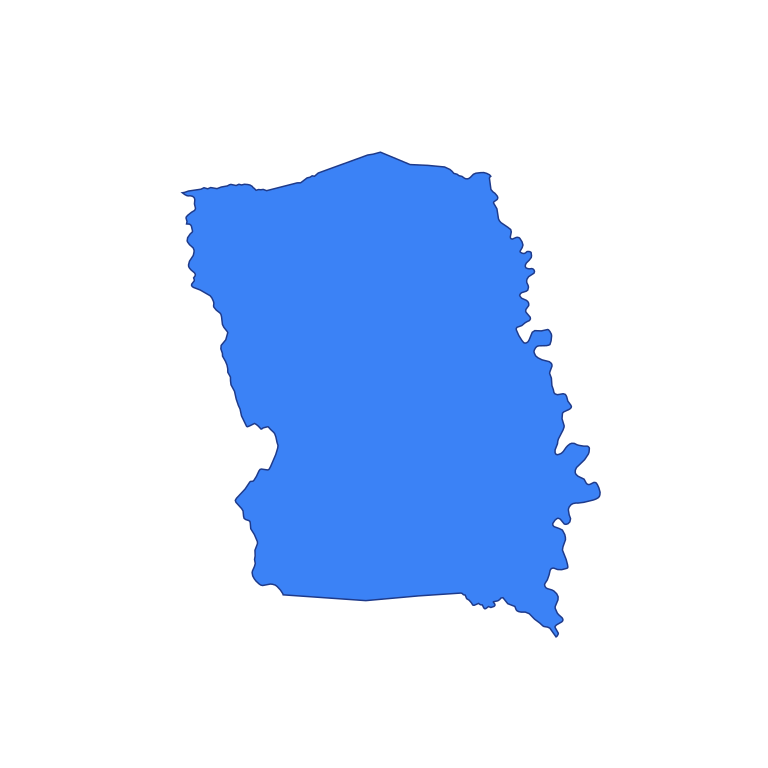 outline of Tocoa, Colón, Honduras, rotated 115°
{"feature_id": "27666195B94157421146472", "entity_name": "Tocoa", "entity_type": "district", "adm_level": 2, "iso_a3": "HND", "parent_name": "Honduras", "parent_adm1": "Colón", "projection": "mercator", "projection_center": [-85.973, 15.578], "detail": "fine", "context": "isolated", "style": "filled", "palette": "blue", "viewbox_px": 768, "rotation_deg": 115, "n_neighbors": 0, "source": "geoboundaries", "source_scale": "gbopen_adm2", "svg_char_len": 6171}
<svg xmlns="http://www.w3.org/2000/svg" viewBox="0 0 768 768"><g transform="rotate(115 384 384)"><path d="M207.1,314.4L206.9,316.2L206.2,316.8L202.0,316.4L199.3,316.8L196.8,319.0L194.6,322.4L194.3,323.5L194.7,325.2L195.4,326.2L198.5,329.0L198.6,330.4L198.2,331.1L197.3,331.7L192.4,332.9L190.5,334.4L189.6,338.1L188.3,346.2L187.4,348.2L186.0,350.0L177.5,355.7L173.6,361.3L172.4,361.4L168.9,359.4L167.8,359.4L166.7,359.8L165.7,361.0L164.3,364.0L163.8,366.5L162.5,369.3L153.0,375.4L152.0,375.6L150.6,375.0L149.8,376.8L149.7,379.9L150.2,382.9L151.4,385.4L154.1,389.8L156.1,391.6L160.1,393.0L161.6,393.8L162.7,394.9L163.4,396.5L163.5,397.9L162.9,401.1L163.5,404.1L163.0,406.4L163.6,409.8L162.5,412.1L161.7,414.9L161.7,420.8L167.3,436.6L174.1,453.1L175.4,485.2L180.3,491.0L183.4,495.6L220.6,532.8L225.1,534.8L225.7,537.1L227.8,538.4L229.7,540.8L236.9,544.6L238.4,547.7L258.4,572.1L258.7,575.7L260.0,577.7L260.8,579.9L262.5,581.8L261.5,584.3L261.4,585.4L260.6,586.9L260.3,589.5L260.8,591.8L262.0,595.0L263.8,597.2L264.3,599.9L266.6,601.9L267.8,607.1L268.8,608.3L270.7,609.7L274.3,614.8L277.5,617.9L279.2,624.1L281.6,626.3L282.2,630.1L284.8,632.2L291.7,642.7L294.6,645.7L295.9,647.6L296.5,644.7L296.6,642.2L296.2,640.8L295.3,639.2L294.8,636.8L295.3,634.8L296.8,633.4L300.9,631.9L304.4,629.1L306.0,628.9L307.0,629.2L309.6,631.0L313.8,633.1L316.0,633.8L317.2,633.6L320.0,631.2L322.4,630.6L321.3,627.8L321.6,626.4L322.3,625.3L326.4,622.1L327.3,622.0L330.0,623.1L334.4,623.8L337.5,622.9L338.4,621.9L339.9,619.2L341.3,614.5L343.0,612.7L344.5,612.0L348.1,611.2L354.9,612.2L358.7,611.5L360.2,610.6L361.2,609.2L362.2,607.0L363.3,602.8L364.4,601.3L365.8,600.9L368.3,601.4L369.8,599.9L370.6,599.6L374.8,600.5L376.1,600.0L376.7,599.0L377.0,597.6L376.5,590.3L377.5,578.8L378.8,576.3L381.2,573.5L382.6,572.4L385.4,571.4L386.3,570.6L387.9,567.3L389.0,562.6L389.8,561.2L391.8,559.6L398.3,555.6L400.3,553.1L402.8,548.1L403.5,547.3L410.8,546.1L417.8,547.9L421.1,546.7L424.5,543.4L427.0,542.1L430.5,537.2L433.2,534.3L436.2,532.1L439.4,530.5L442.6,526.1L445.9,524.5L449.4,522.3L453.8,516.4L460.2,511.5L465.0,506.9L467.5,503.9L473.1,499.7L480.1,491.1L480.5,490.5L480.4,489.6L478.8,488.1L474.5,484.7L474.6,482.8L475.3,480.1L476.8,476.4L476.4,475.8L474.8,474.9L472.0,471.5L471.8,470.7L473.1,467.7L474.5,463.4L475.3,462.0L477.7,459.6L482.1,456.3L484.5,454.1L486.8,453.3L493.7,452.3L506.9,451.9L509.7,452.1L510.5,452.5L511.1,453.2L512.9,459.2L513.8,460.2L515.6,460.6L521.6,460.6L526.4,461.2L527.6,461.8L528.7,463.8L529.5,464.2L537.9,465.5L549.9,469.4L552.3,469.6L553.8,468.2L557.1,460.4L558.6,458.1L563.2,455.4L564.9,454.0L565.3,452.1L564.9,448.7L565.2,447.5L566.4,446.5L571.5,443.6L575.2,437.9L580.4,432.1L582.2,431.2L589.2,430.7L594.3,428.1L597.7,427.2L601.1,424.8L604.1,424.3L609.0,424.2L610.7,423.8L613.4,421.9L615.4,419.2L616.8,416.5L618.0,412.7L618.3,410.6L617.9,408.8L613.3,402.4L612.6,400.3L612.2,397.5L612.7,395.2L614.5,390.8L616.8,387.1L617.7,386.3L588.0,308.9L561.3,262.9L541.0,226.0L540.8,224.7L541.4,223.0L541.0,221.2L543.6,218.4L544.0,215.4L545.4,212.3L546.8,210.2L546.7,209.4L546.3,208.6L542.9,205.6L543.3,203.4L542.7,201.5L544.8,198.9L545.1,197.5L544.3,196.7L541.5,195.2L541.4,192.7L539.1,190.3L538.0,189.9L537.2,190.1L536.4,190.9L535.6,192.6L535.1,192.8L532.4,189.2L530.6,188.1L528.5,187.5L527.4,185.9L530.8,179.0L530.3,171.4L532.7,168.9L533.3,167.7L533.4,165.9L532.8,163.4L531.0,159.5L530.8,155.2L533.5,148.2L534.8,141.8L536.1,137.8L536.2,136.6L535.2,133.0L535.2,130.5L540.5,121.2L539.4,120.6L537.3,120.4L536.2,120.7L532.4,126.0L531.4,126.5L529.5,125.9L524.5,122.4L523.3,122.0L522.2,122.1L521.4,122.7L520.6,123.8L519.3,128.1L518.4,130.1L514.9,134.1L513.4,134.8L506.1,135.1L503.2,136.3L501.1,138.9L499.8,142.6L499.7,144.8L500.4,149.5L500.2,151.2L499.3,152.7L497.9,153.7L496.7,153.8L492.5,153.2L487.3,153.7L482.6,154.7L480.7,154.4L479.8,153.6L479.1,152.3L478.8,148.3L477.2,144.5L473.7,140.3L473.0,139.9L472.2,140.0L470.2,141.3L466.1,144.7L459.1,152.1L456.0,153.0L448.5,153.7L446.5,154.7L444.1,156.5L441.0,160.6L440.9,163.7L441.4,169.6L440.7,171.2L439.2,172.1L435.2,171.5L433.1,170.5L432.1,169.6L431.9,168.1L432.1,166.9L434.7,161.4L434.3,159.8L432.9,158.2L430.4,157.3L427.2,158.0L424.3,160.9L420.5,163.5L419.4,164.0L417.2,164.2L414.4,163.5L412.5,162.2L410.7,159.7L410.0,158.0L406.8,152.9L400.7,145.3L398.7,143.3L396.6,141.8L395.0,141.3L393.2,141.5L390.8,142.4L387.4,145.3L385.1,148.0L384.0,149.8L384.0,151.0L384.5,152.2L388.0,155.0L388.7,156.1L388.9,157.3L388.4,158.8L385.7,162.4L385.6,169.1L384.8,171.7L383.6,173.2L381.2,174.2L378.3,174.2L367.8,170.2L361.2,169.2L359.0,169.4L355.7,170.6L355.0,171.1L354.4,172.5L354.4,173.5L355.9,176.7L357.2,181.4L357.5,183.4L357.4,186.4L358.4,188.8L359.8,190.2L362.4,191.5L364.7,192.2L369.4,193.0L371.9,194.0L373.8,195.7L374.9,197.1L375.0,198.4L374.0,199.9L371.4,201.1L364.9,201.5L362.2,202.4L359.9,202.7L350.0,202.3L346.9,202.6L345.7,203.1L340.2,208.0L335.0,209.9L333.3,209.3L328.3,205.1L326.4,204.4L325.3,204.6L324.3,205.6L321.8,210.2L318.5,212.9L317.4,214.2L316.8,215.4L317.1,217.5L320.4,222.3L320.7,224.6L320.0,226.3L317.6,228.1L314.4,231.2L307.9,234.8L304.4,238.4L303.0,238.8L296.8,239.3L295.5,240.0L294.6,241.0L293.9,243.6L295.3,251.0L295.2,255.5L294.4,258.5L292.3,261.0L291.0,261.9L289.4,262.1L286.9,261.9L285.1,261.1L283.9,259.7L280.6,253.0L279.2,251.2L278.1,250.3L274.3,250.8L269.6,252.4L268.1,253.4L266.3,255.8L265.4,257.7L265.4,258.6L269.4,263.9L271.9,269.9L274.5,271.5L282.6,271.1L284.8,271.3L286.4,272.2L287.3,273.3L287.5,274.8L286.2,277.5L283.1,282.3L279.0,287.0L277.8,287.6L276.4,287.4L272.8,283.8L269.3,282.2L267.4,281.0L265.0,279.0L263.1,278.8L261.7,279.7L259.1,285.3L258.3,286.3L256.5,286.9L251.8,286.0L250.3,286.6L249.1,287.6L248.4,288.8L248.0,290.4L248.1,295.6L247.1,297.6L246.2,298.6L244.6,298.5L243.1,297.9L239.8,294.3L238.1,293.4L235.1,294.0L233.8,295.0L231.7,297.5L230.0,298.4L228.4,298.7L225.6,298.3L220.2,294.9L218.5,295.1L217.4,296.0L216.8,297.4L216.9,298.8L218.3,301.1L218.7,302.8L218.7,304.5L217.8,305.6L216.3,306.2L214.1,306.1L210.4,304.7L207.1,304.0L205.4,304.5L202.6,306.3L202.4,307.7L203.0,309.5L203.6,310.4L205.1,311.0L206.2,311.8L206.8,312.8L207.1,314.4Z" fill="#3b82f6" stroke="#1e3a8a" stroke-width="1.5"/></g></svg>